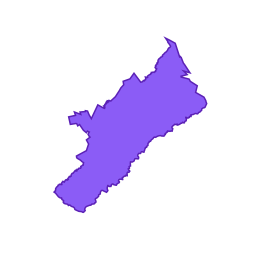 Mhondoro-Ngezi, Mashonaland West, Zimbabwe, rotated 299°
{"feature_id": "62879985B70697135902781", "entity_name": "Mhondoro-Ngezi", "entity_type": "district", "adm_level": 2, "iso_a3": "ZWE", "parent_name": "Zimbabwe", "parent_adm1": "Mashonaland West", "projection": "mercator", "projection_center": [30.094, -18.569], "detail": "fine", "context": "isolated", "style": "filled", "palette": "violet", "viewbox_px": 256, "rotation_deg": 299, "n_neighbors": 0, "source": "geoboundaries", "source_scale": "gbopen_adm2", "svg_char_len": 5787}
<svg xmlns="http://www.w3.org/2000/svg" viewBox="0 0 256 256"><g transform="rotate(299 128 128)"><path d="M109.0,70.7L103.2,75.8L106.7,80.3L106.9,81.1L105.5,83.0L107.5,84.0L104.4,90.1L103.7,93.9L105.6,94.0L105.7,96.1L103.2,96.0L102.1,97.7L101.6,99.2L97.4,97.4L94.9,101.3L88.0,102.6L78.5,96.5L77.4,97.3L76.9,98.1L76.8,102.1L76.3,103.9L76.1,106.0L75.0,106.2L74.5,106.6L73.9,106.8L73.7,106.3L72.1,105.8L71.5,105.3L70.9,105.8L70.3,106.1L69.8,106.0L69.2,104.7L68.9,104.5L67.9,104.6L67.1,103.4L66.8,103.4L66.4,103.9L65.7,104.1L65.2,103.4L65.7,103.0L65.7,102.7L65.2,102.4L61.9,101.9L61.7,101.5L61.3,101.2L60.8,101.2L60.6,101.0L59.7,101.0L58.8,101.2L58.5,101.6L58.3,101.6L57.9,101.2L57.6,101.2L57.4,100.7L57.2,100.7L57.2,100.2L54.0,99.9L54.0,100.6L53.8,100.6L53.1,99.9L52.9,99.9L52.9,99.0L52.7,98.8L52.3,98.8L51.8,98.5L49.8,98.5L49.8,97.1L49.6,97.1L49.6,96.9L48.9,96.9L48.7,96.7L47.1,96.6L46.6,97.5L46.4,97.5L46.2,97.1L46.2,96.4L45.7,96.1L45.7,95.5L45.5,95.2L44.4,95.0L44.0,94.6L43.7,94.8L42.6,94.6L41.7,94.2L40.1,94.1L39.6,94.2L39.1,94.6L38.5,94.7L37.7,95.1L37.0,94.5L36.1,94.4L35.9,96.2L34.1,100.6L34.0,102.7L34.6,103.7L34.5,104.1L33.9,104.2L33.4,105.0L33.3,106.5L33.2,106.9L32.9,107.1L31.8,107.2L31.1,108.7L31.3,109.9L31.9,111.6L32.0,112.5L31.3,113.4L31.5,113.7L32.4,114.4L32.4,115.0L32.0,116.3L32.4,118.7L32.1,119.9L31.0,121.1L31.0,122.3L31.3,125.4L32.4,128.1L32.3,128.9L32.5,129.7L33.0,130.1L34.1,130.2L34.4,130.5L34.7,130.5L35.2,130.5L35.8,129.6L36.7,129.3L38.0,129.3L39.2,129.7L41.6,131.7L42.6,133.0L43.8,133.2L44.7,134.5L45.4,135.3L46.0,135.5L46.6,135.3L47.4,135.9L48.2,135.6L49.7,134.0L50.1,133.8L50.7,133.9L51.9,134.8L54.1,135.4L54.4,135.3L55.0,134.8L55.5,134.8L56.8,135.7L58.8,134.9L60.4,135.0L61.2,136.3L61.1,138.1L61.3,138.8L61.3,140.3L62.4,140.7L63.6,140.7L64.6,139.4L65.6,138.8L67.8,138.2L68.0,138.3L67.7,139.6L67.8,140.1L68.5,140.7L68.5,141.3L69.6,141.4L70.1,141.0L70.5,140.9L71.5,141.6L71.7,142.2L71.5,143.3L71.8,144.0L72.1,145.1L72.4,145.6L73.8,145.5L75.1,146.2L75.7,146.7L76.2,146.8L76.8,146.5L77.1,145.3L78.2,145.1L78.9,145.4L79.5,146.1L80.0,147.0L80.1,147.8L80.3,148.3L80.8,148.2L81.2,147.4L81.8,147.1L82.4,147.4L82.7,147.7L84.1,148.1L84.8,149.2L85.2,149.0L85.7,149.1L86.0,150.4L88.0,149.1L88.9,149.0L89.3,149.3L89.5,150.1L89.7,150.3L91.1,150.5L91.4,150.1L91.5,149.0L92.4,148.0L92.6,148.0L93.2,148.8L93.7,148.7L94.8,147.7L95.1,147.8L96.0,148.6L98.3,147.1L99.2,147.0L99.4,146.6L99.5,146.6L99.8,146.8L100.2,148.1L101.5,149.0L102.2,149.3L104.0,148.9L104.6,149.1L105.4,150.6L105.8,151.7L106.1,152.0L106.9,151.9L107.8,151.3L108.1,150.3L108.7,149.8L109.6,149.5L111.1,149.8L111.5,150.9L111.9,151.3L112.2,151.3L113.0,151.1L113.9,151.4L114.3,152.1L114.2,152.9L114.7,153.7L115.9,153.3L116.7,153.3L118.0,152.9L118.5,153.0L119.2,152.7L119.6,152.9L120.0,153.6L120.5,153.6L120.8,153.3L121.2,153.3L122.4,153.9L124.3,152.9L125.5,153.4L126.5,153.1L127.2,154.1L127.6,154.2L128.8,154.1L130.9,155.0L132.1,155.0L133.0,155.8L133.1,156.4L133.9,157.1L134.6,157.4L136.0,158.6L136.8,159.6L137.1,160.1L137.3,161.3L138.3,163.3L139.0,163.6L139.4,163.4L139.7,163.4L140.5,163.8L140.8,163.7L141.0,163.3L141.3,163.3L142.1,163.8L142.9,164.1L143.1,163.9L143.7,164.4L144.4,164.0L144.6,164.1L145.1,165.7L145.8,166.5L145.9,167.1L146.7,167.6L146.8,168.1L147.4,167.8L147.7,167.9L149.2,167.4L149.3,166.7L149.9,166.1L150.3,165.9L151.4,166.1L152.8,166.8L153.5,166.8L154.0,167.2L154.3,168.4L155.2,169.0L155.2,169.3L154.5,169.5L154.6,170.0L155.4,170.7L156.9,171.7L157.6,171.8L157.9,172.3L158.4,172.8L159.4,172.9L159.6,173.7L159.5,174.4L159.7,174.7L160.0,174.8L160.4,174.6L161.4,174.6L162.6,175.4L163.1,175.0L164.4,174.8L164.8,173.8L165.3,173.4L165.5,173.7L165.7,175.4L166.0,175.9L167.1,176.6L167.5,176.2L168.1,176.4L168.6,177.0L168.7,177.5L169.2,177.4L169.8,176.6L170.1,176.7L171.4,178.5L173.1,179.6L173.6,180.3L173.9,181.7L174.3,182.1L175.8,182.3L176.9,183.2L177.8,183.3L178.9,183.8L179.3,183.8L180.3,183.3L181.2,183.5L182.4,184.4L182.7,184.9L183.4,185.3L187.5,185.0L188.5,183.8L189.7,182.7L191.8,179.5L191.9,169.9L198.5,168.1L199.0,159.9L200.4,157.7L198.3,149.8L199.0,149.3L203.4,153.9L204.8,149.1L206.3,155.4L211.0,146.5L211.6,145.0L215.5,140.3L215.5,139.5L215.8,139.3L215.9,138.9L215.3,139.2L215.1,138.8L225.0,128.2L225.0,121.8L224.8,117.3L223.0,120.8L222.1,121.5L221.9,122.3L220.4,125.3L219.8,125.7L218.7,125.5L217.9,124.9L216.4,124.7L215.2,124.9L213.0,124.5L212.3,124.0L210.5,123.5L210.0,123.5L208.6,122.9L208.1,122.9L207.4,123.4L206.4,122.9L205.7,122.2L205.0,122.2L203.4,121.5L201.9,121.4L200.7,121.9L200.5,122.3L199.8,122.3L199.1,121.8L198.8,121.9L198.8,122.4L198.4,122.7L197.8,122.1L197.2,121.9L196.8,121.9L196.4,122.1L196.1,121.9L195.9,122.4L195.6,122.5L194.6,122.2L194.1,122.3L193.9,122.5L193.9,123.1L193.6,123.4L193.8,124.0L193.5,124.0L193.4,124.4L193.0,124.5L191.5,124.2L191.0,124.7L190.7,124.7L190.1,124.1L189.3,123.9L189.2,123.1L187.9,121.5L187.5,122.0L186.9,121.8L186.5,121.5L185.9,121.7L185.8,121.4L185.0,121.0L184.3,120.5L182.7,119.9L182.2,120.0L181.7,120.6L181.1,120.0L181.1,118.9L181.0,118.5L180.1,119.3L178.9,119.9L178.2,119.4L177.3,119.5L177.1,118.6L177.0,118.4L175.6,118.3L174.2,117.0L178.8,106.7L171.9,105.9L166.5,101.1L163.7,103.3L159.6,102.3L156.3,102.3L149.2,101.8L143.8,100.0L143.4,100.0L143.1,99.5L142.9,97.9L142.3,97.8L142.3,98.1L142.0,98.2L141.9,98.0L141.9,97.6L141.4,97.6L141.6,97.3L141.5,97.0L141.9,97.0L141.8,96.6L141.5,96.6L141.4,96.9L140.5,96.4L139.5,96.5L139.7,97.2L139.2,96.7L138.9,97.0L138.5,96.6L138.2,96.6L138.4,97.1L138.2,97.1L137.5,96.3L137.2,96.3L136.6,96.5L136.3,97.0L135.8,96.9L135.6,97.0L135.4,96.8L135.6,96.3L135.5,96.1L134.9,96.9L134.5,97.0L134.9,97.4L134.9,97.7L133.8,98.0L133.6,97.0L133.6,90.4L118.4,91.4L120.8,87.4L123.2,84.4L122.5,82.3L121.7,82.7L118.7,78.3L117.0,80.1L116.0,73.4L113.6,76.0L109.0,70.7Z" fill="#8b5cf6" stroke="#5b21b6" stroke-width="1.5"/></g></svg>